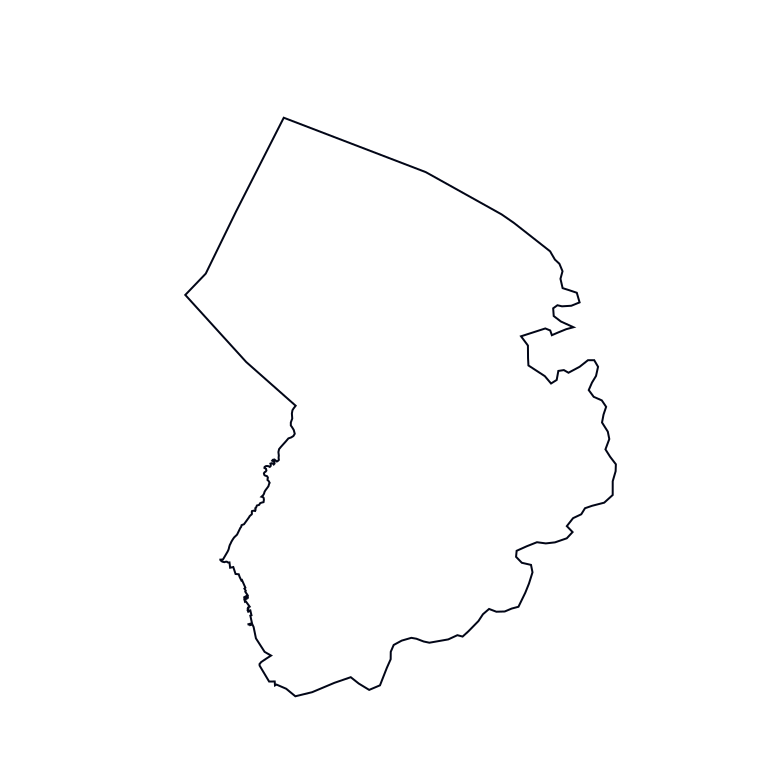 Pasir Puteh, Kelantan, Malaysia (Mercator projection), rotated 251°
{"feature_id": "92858781B22030714456206", "entity_name": "Pasir Puteh", "entity_type": "district", "adm_level": 2, "iso_a3": "MYS", "parent_name": "Malaysia", "parent_adm1": "Kelantan", "projection": "mercator", "projection_center": [102.35, 5.842], "detail": "fine", "context": "isolated", "style": "outline", "palette": "ink", "viewbox_px": 768, "rotation_deg": 251, "n_neighbors": 0, "source": "geoboundaries", "source_scale": "gbopen_adm2", "svg_char_len": 3453}
<svg xmlns="http://www.w3.org/2000/svg" viewBox="0 0 768 768"><g transform="rotate(251 384 384)"><path d="M100.4,282.1L114.6,294.2L121.6,300.7L128.6,303.2L134.1,308.2L135.6,317.2L135.1,327.2L132.6,331.7L127.6,337.7L124.6,342.7L121.6,361.6L122.6,371.6L119.6,376.1L122.6,383.1L129.1,396.1L134.1,402.6L137.1,410.1L132.1,416.1L129.6,424.1L130.1,431.6L129.6,438.6L140.6,449.6L148.1,456.1L157.6,463.1L165.1,464.1L170.1,456.1L177.6,452.6L183.1,455.1L184.1,466.1L184.6,477.1L180.6,485.1L178.6,494.1L178.6,506.6L182.6,514.1L190.1,510.6L195.6,519.1L196.6,528.1L201.1,533.6L201.1,541.1L200.1,553.6L204.6,564.1L217.6,568.6L226.1,574.6L232.6,577.1L241.6,574.1L250.1,572.1L258.6,579.1L266.1,580.1L276.6,577.6L283.6,581.6L290.1,586.6L297.6,584.6L303.6,578.1L311.6,575.6L317.6,581.1L322.6,587.1L330.6,592.0L338.1,590.5L340.1,584.6L336.6,574.6L334.6,562.1L338.6,558.6L339.6,553.1L331.6,548.6L330.1,542.1L339.1,538.6L354.5,526.6L361.5,528.6L373.5,532.6L384.5,529.1L384.0,554.6L380.5,558.6L375.5,558.6L376.0,565.1L376.5,574.1L376.0,581.6L385.5,571.6L393.0,566.6L400.5,568.6L402.0,573.6L399.5,577.6L397.0,586.6L397.5,595.5L407.5,596.0L412.5,589.5L416.5,584.1L426.0,585.1L432.5,589.5L440.5,589.0L446.0,586.1L453.0,584.7L455.3,584.3L494.0,559.3L506.1,550.4L570.7,492.5L668.4,375.9L595.2,300.2L546.4,251.4L532.9,225.1L449.6,260.9L392.2,293.4L390.3,290.5L389.0,288.9L386.1,287.3L383.5,286.6L381.2,286.0L378.0,283.4L375.1,282.4L373.1,283.0L369.9,283.7L366.0,283.4L364.3,281.4L363.7,278.8L363.7,275.9L361.8,272.7L358.2,266.2L356.6,263.6L354.0,262.0L350.7,261.3L348.5,260.3L346.5,259.9L345.9,258.8L345.6,257.5L346.9,256.7L348.3,255.8L348.5,254.2L347.9,253.3L346.9,254.3L346.3,255.0L344.4,254.6L343.8,253.5L345.1,252.9L345.7,251.9L345.7,250.7L344.7,250.7L343.4,250.2L342.8,249.0L343.9,248.0L344.5,246.8L344.8,245.8L344.5,244.2L343.6,243.6L342.2,244.8L340.4,244.6L339.6,243.4L339.5,242.5L338.7,241.4L337.1,241.2L336.3,241.6L335.5,242.6L334.9,243.4L334.2,243.6L333.1,243.7L332.2,243.0L331.1,242.6L330.2,243.2L329.4,243.4L327.8,243.7L326.9,242.8L324.9,241.4L322.1,237.3L321.0,236.0L319.3,234.8L318.2,233.5L317.3,231.5L316.5,232.7L315.7,233.1L314.1,232.9L312.7,232.3L311.5,231.6L311.7,229.5L311.6,228.0L310.4,226.7L310.4,225.5L310.5,224.3L309.7,223.5L308.7,222.8L308.5,221.9L307.2,221.5L306.8,221.6L305.9,220.8L306.7,219.4L306.8,217.8L306.0,217.3L304.7,217.0L303.8,216.5L303.4,215.3L302.7,213.8L302.0,213.1L297.0,206.0L296.9,203.4L295.4,202.4L294.7,201.3L293.4,200.0L289.4,196.0L287.7,192.3L286.2,190.3L284.5,188.3L283.2,187.1L282.0,185.8L280.5,184.7L278.6,183.5L277.5,182.6L276.4,181.5L270.5,174.6L271.2,172.1L270.7,172.0L269.1,172.9L268.2,173.9L267.5,175.1L267.5,176.3L267.2,177.5L265.9,178.5L265.6,179.8L260.4,178.7L260.0,181.9L252.7,181.8L251.4,184.7L249.7,184.7L248.4,184.7L244.6,185.2L244.8,185.9L236.5,186.6L236.0,185.4L233.5,186.0L232.8,185.2L228.6,186.3L227.9,182.4L226.8,182.2L227.0,185.9L226.2,185.7L226.2,184.1L225.7,184.1L225.6,181.8L223.3,181.7L223.4,182.6L217.2,184.5L216.9,182.7L216.0,182.7L215.7,181.9L214.2,182.1L214.2,181.4L212.9,181.5L213.0,182.3L213.7,182.3L213.5,183.9L208.5,183.4L208.5,182.2L200.8,181.3L201.0,177.6L200.7,177.6L200.3,178.9L199.6,178.9L199.4,181.3L196.7,181.6L185.2,180.1L169.6,183.9L164.0,188.8L162.6,183.0L161.1,177.4L159.7,175.1L158.2,174.7L140.1,178.5L138.3,183.8L134.5,182.8L134.8,184.5L127.7,192.3L117.6,198.5L116.0,215.7L117.6,239.9L117.6,257.1L109.0,262.6L99.6,270.4L100.4,282.1Z" fill="none" stroke="#020617" stroke-width="2"/></g></svg>